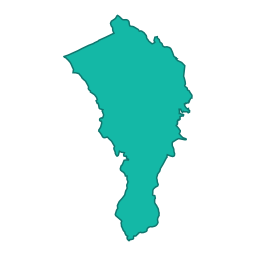 Uileacu De Beius, Bihor, Romania (Mercator projection)
{"feature_id": "2599482B23161803427900", "entity_name": "Uileacu De Beius", "entity_type": "district", "adm_level": 2, "iso_a3": "ROU", "parent_name": "Romania", "parent_adm1": "Bihor", "projection": "mercator", "projection_center": [22.219, 46.686], "detail": "fine", "context": "isolated", "style": "filled", "palette": "teal", "viewbox_px": 256, "rotation_deg": 0, "n_neighbors": 0, "source": "geoboundaries", "source_scale": "gbopen_adm2", "svg_char_len": 5902}
<svg xmlns="http://www.w3.org/2000/svg" viewBox="0 0 256 256"><path d="M186.1,139.6L186.2,139.4L186.0,138.8L182.9,137.7L181.4,136.3L179.2,133.8L180.2,131.7L180.2,131.3L180.2,130.4L179.5,129.8L179.0,128.8L177.6,127.1L176.3,125.8L176.2,125.4L177.0,124.7L177.0,124.2L177.4,124.1L177.5,123.5L177.4,123.3L177.5,123.1L177.4,122.4L177.5,122.3L177.2,121.7L177.5,120.9L177.7,121.1L177.8,121.0L178.0,120.7L177.8,120.4L178.3,119.8L178.8,120.1L179.0,120.1L179.1,119.8L178.9,119.5L179.3,119.1L179.5,119.2L179.6,119.5L180.0,119.4L180.1,117.5L179.9,116.9L180.1,116.6L180.9,116.2L182.0,116.1L182.5,115.9L183.2,116.0L183.6,115.1L183.6,114.7L182.4,114.2L181.7,114.4L180.2,113.4L179.7,113.6L179.3,113.6L179.4,112.9L179.4,111.1L179.1,109.2L180.7,109.2L181.0,110.2L181.3,110.5L181.6,111.3L182.3,112.3L183.0,112.0L183.5,111.4L184.3,111.8L187.0,111.8L187.7,112.1L188.2,112.8L189.5,112.1L189.6,111.9L189.5,111.4L189.6,110.6L188.4,109.6L188.4,108.5L187.4,108.9L185.9,107.6L184.7,105.7L184.7,104.5L184.4,104.0L185.6,103.2L185.7,103.6L188.2,102.6L188.6,102.8L189.3,101.5L188.9,101.1L189.6,100.4L190.4,98.9L190.8,98.4L191.6,97.9L191.9,97.9L191.8,97.1L192.0,96.3L191.9,95.2L189.7,92.0L189.4,91.1L188.8,90.6L188.1,90.3L187.5,89.8L187.4,89.4L187.2,88.2L187.0,87.9L186.7,87.6L185.2,86.6L184.7,85.6L184.7,85.4L185.4,84.0L185.1,81.5L184.3,78.3L183.6,76.3L184.8,65.7L181.7,62.5L177.7,60.6L176.0,58.9L176.9,58.6L176.0,58.0L176.1,57.7L174.4,56.8L174.0,56.4L173.8,56.1L172.4,52.1L171.1,49.2L170.6,48.4L170.1,48.0L169.3,47.5L167.0,46.8L164.9,47.0L164.6,47.1L164.4,46.9L163.9,46.7L163.0,46.1L162.6,45.6L162.1,43.9L161.9,43.6L161.5,43.2L160.1,42.1L159.8,41.7L159.3,39.9L159.1,39.5L157.8,38.4L157.4,37.8L157.3,37.1L157.3,36.7L154.9,37.2L154.0,40.6L154.9,42.2L153.8,43.1L152.6,43.7L151.9,43.7L148.8,41.2L148.1,40.0L147.0,38.7L146.5,37.4L146.5,36.5L146.2,35.5L144.0,32.7L141.8,31.2L140.7,30.9L139.6,31.2L139.1,30.9L138.7,30.1L138.1,29.4L133.7,26.8L132.8,26.5L131.5,26.4L130.0,26.0L129.7,25.6L129.4,24.6L129.0,22.0L128.7,21.3L127.8,20.3L126.8,19.8L126.0,19.7L123.7,19.8L122.4,19.5L119.5,16.7L117.6,15.4L116.8,16.0L116.4,16.9L115.6,18.2L114.6,19.1L111.4,21.2L110.5,23.3L110.6,23.7L111.2,25.8L112.5,27.5L112.7,28.6L112.7,29.9L113.1,31.4L114.0,33.2L105.8,37.2L98.9,40.3L98.1,41.1L94.5,42.8L93.3,43.6L88.8,45.3L82.1,48.5L77.7,50.8L67.9,55.2L64.0,56.5L64.4,57.2L65.9,57.8L66.7,58.7L68.0,59.9L70.2,62.4L71.3,64.5L72.6,67.6L73.5,69.3L73.0,72.7L75.8,72.8L78.8,73.6L81.6,76.9L81.7,77.5L82.0,77.9L83.8,79.7L85.4,81.0L85.7,81.4L88.3,86.1L88.5,87.1L88.5,87.7L88.3,88.5L88.5,89.1L89.2,90.0L90.4,90.9L90.4,92.0L94.5,94.7L96.4,97.2L97.3,99.4L97.0,100.0L96.1,100.7L97.2,103.3L97.8,103.1L98.5,104.6L99.1,107.9L99.3,108.3L99.7,108.7L100.2,108.9L102.9,109.7L102.1,111.0L102.5,111.6L103.0,113.2L103.4,114.1L103.6,114.9L103.5,115.5L103.4,115.9L103.2,116.3L102.8,117.6L102.5,117.9L102.1,118.1L102.0,117.9L101.5,117.9L100.4,118.3L100.1,118.5L99.7,119.0L99.6,119.9L99.7,120.3L100.1,120.9L100.8,121.2L101.3,121.2L101.6,122.0L101.7,123.2L100.7,126.9L99.9,128.4L98.9,129.8L98.9,130.4L98.7,131.0L99.9,132.3L101.3,134.4L102.0,135.6L102.4,136.5L102.9,137.1L103.5,137.5L104.1,137.7L105.3,137.6L106.9,137.1L107.3,137.1L107.9,137.5L109.3,139.1L111.0,140.6L111.8,141.5L113.8,145.1L114.4,145.8L114.5,146.4L114.5,146.7L114.1,147.4L113.9,148.2L114.0,149.2L114.2,149.7L115.2,152.0L115.3,153.4L116.0,154.9L116.8,156.0L117.2,156.1L117.6,155.7L118.0,155.6L118.2,155.4L118.6,154.3L119.4,151.2L121.3,152.2L124.4,152.7L123.6,154.8L123.9,156.0L125.3,156.3L126.2,156.1L126.6,156.7L126.5,158.1L128.0,159.1L128.4,159.4L128.5,159.7L128.3,160.1L127.9,160.1L127.6,159.8L126.5,159.9L124.1,160.3L122.7,163.9L121.7,165.5L121.1,165.9L120.3,168.7L120.6,170.1L122.1,171.4L123.4,172.2L124.5,173.4L125.0,174.4L125.4,176.0L127.0,176.0L127.0,179.3L128.0,181.8L127.5,183.4L126.8,184.9L126.8,185.9L127.2,188.2L125.7,191.0L124.7,195.0L122.2,198.3L119.2,201.6L117.4,205.5L117.7,208.5L116.6,210.1L115.3,214.3L115.7,215.6L121.4,220.5L121.7,221.5L121.3,222.1L121.1,223.1L121.4,224.4L121.5,226.3L122.2,227.6L123.2,230.1L123.7,230.9L124.8,231.9L125.0,233.1L125.5,234.1L125.7,234.8L126.2,235.2L126.7,235.6L127.3,236.4L127.6,236.4L127.5,236.6L127.4,236.8L127.4,237.1L127.1,237.7L127.3,237.8L127.4,238.2L127.2,238.7L127.5,239.2L127.6,239.5L128.5,240.1L128.6,240.5L129.0,240.6L129.5,240.5L129.6,239.8L129.8,239.6L130.8,239.5L131.3,239.5L132.9,239.1L133.2,238.9L133.4,238.6L133.5,238.4L133.5,236.9L133.8,236.3L133.9,236.0L134.3,235.9L135.0,236.1L136.2,235.7L136.4,235.5L136.8,234.9L137.9,234.0L138.3,233.3L138.9,232.8L139.8,232.6L140.4,232.3L140.9,232.3L141.7,232.7L143.6,232.5L145.1,231.9L145.6,231.8L146.6,231.1L147.0,230.4L147.0,230.2L146.9,229.8L147.2,228.9L147.7,228.2L147.8,228.0L148.6,227.3L149.2,227.1L150.0,226.7L152.3,226.8L154.7,226.2L155.7,225.7L156.5,225.0L157.4,223.8L158.0,222.5L157.7,220.8L157.5,220.0L157.5,219.5L157.8,217.8L159.1,215.4L159.0,214.6L159.1,212.9L158.8,211.9L158.6,211.5L158.4,209.6L158.0,208.3L157.1,206.9L157.0,206.7L157.0,206.4L156.6,205.8L156.4,205.3L155.7,204.5L154.7,202.8L154.6,200.8L154.7,200.4L154.6,199.8L154.6,199.4L155.0,198.9L155.3,198.3L155.3,198.0L155.1,197.2L155.0,196.6L154.9,196.0L154.8,195.7L154.3,195.5L153.6,195.6L152.9,195.2L152.7,195.0L152.6,194.6L152.8,192.6L152.8,191.4L152.8,190.6L153.3,189.2L153.9,188.5L155.4,187.2L155.5,187.0L155.9,186.7L156.2,186.8L156.7,186.5L157.8,185.8L158.2,184.4L157.3,182.1L157.3,181.5L157.2,181.1L157.2,180.6L157.0,179.4L156.6,178.2L156.9,176.5L157.3,175.8L157.5,174.3L159.0,172.1L159.5,171.6L159.8,170.9L159.8,170.5L160.1,170.0L160.4,168.5L163.0,164.2L166.4,157.8L167.0,157.3L166.9,156.6L167.3,154.7L170.6,156.0L172.7,156.5L173.7,156.2L174.3,155.7L174.5,155.1L174.6,153.5L174.2,152.5L174.0,151.7L173.9,150.9L173.8,149.4L173.5,148.3L172.5,146.2L172.3,145.6L172.2,143.5L172.4,142.4L172.7,142.1L173.1,141.8L176.5,139.6L178.3,138.7L178.8,138.6L184.6,139.7L185.7,139.7L186.1,139.6Z" fill="#14b8a6" stroke="#0f766e" stroke-width="1.5"/></svg>